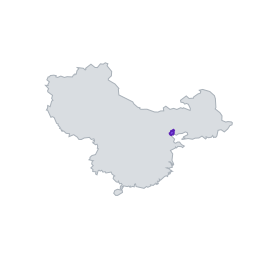 China, with Tianjin highlighted, rotated 24°
{"feature_id": "CHN-1816", "entity_name": "Tianjin", "entity_type": "Municipality", "adm_level": 1, "iso_a3": "CHN", "parent_name": "China", "parent_adm1": "", "projection": "robinson", "projection_center": [117.372, 39.408], "detail": "fine", "context": "in_parent", "style": "filled", "palette": "violet", "viewbox_px": 256, "rotation_deg": 24, "n_neighbors": 0, "source": "natural_earth", "source_scale": "10m", "svg_char_len": 4761}
<svg xmlns="http://www.w3.org/2000/svg" viewBox="0 0 256 256"><g transform="rotate(24 128 128)"><path d="M139.2,182.0L135.0,180.3L134.6,178.3L135.4,177.2L132.3,176.7L130.5,175.1L126.1,178.1L125.0,177.2L122.9,178.5L121.2,177.3L120.1,178.7L118.7,178.3L118.1,179.2L118.7,183.4L117.1,183.2L116.6,181.1L113.5,182.1L112.8,180.1L110.3,179.6L111.5,176.5L109.4,175.6L108.9,172.9L109.5,172.1L105.3,172.9L105.8,171.7L105.2,170.2L106.3,167.8L109.1,165.5L109.4,159.0L108.2,159.0L107.7,156.8L106.3,155.4L105.2,156.5L101.8,155.8L102.9,154.4L102.5,153.3L101.5,153.8L102.2,152.6L101.2,151.8L99.1,153.4L96.6,152.3L92.1,154.9L90.0,157.5L87.7,158.4L85.5,157.0L81.1,156.2L77.6,159.9L76.9,157.0L73.6,158.0L70.4,156.9L69.7,157.6L68.9,156.9L68.4,157.7L67.4,156.3L65.6,156.1L65.8,155.1L62.9,153.9L62.6,152.7L60.9,152.8L56.3,148.5L54.3,148.4L53.2,149.6L47.3,144.4L46.2,144.8L46.4,142.3L45.5,140.1L48.2,140.2L47.3,134.5L48.2,133.3L46.2,132.0L45.8,128.9L40.1,127.6L39.4,126.7L39.5,124.4L35.2,122.6L37.7,121.6L37.1,120.8L37.4,117.8L34.3,117.0L34.3,113.8L35.3,113.3L35.8,111.6L38.8,109.9L41.1,109.4L41.2,110.6L43.2,110.4L45.5,107.9L49.3,107.7L51.5,105.9L56.4,104.0L56.6,101.7L57.9,100.9L57.5,100.3L58.8,99.8L58.1,96.3L58.9,94.0L57.1,93.4L62.9,91.6L65.3,92.4L65.7,91.3L65.0,90.7L68.2,84.8L73.2,86.1L75.4,85.3L76.7,80.6L79.4,79.8L80.7,77.7L83.5,77.5L83.6,79.7L90.1,83.0L91.6,87.1L90.0,91.0L90.5,92.2L98.3,93.1L103.6,95.6L103.4,96.5L106.2,101.5L121.7,102.2L123.6,103.6L128.3,105.1L130.7,104.7L130.7,105.5L132.1,105.7L137.8,103.1L145.6,102.6L148.9,101.3L150.8,99.2L153.7,97.8L152.1,95.3L153.7,92.7L158.8,93.9L161.7,91.5L165.1,91.2L167.8,88.1L170.1,87.9L170.4,87.0L177.6,86.7L177.1,84.9L173.5,81.8L171.4,81.8L170.1,83.1L168.4,82.3L165.8,82.9L164.7,81.3L168.2,75.0L171.7,76.2L175.7,74.1L175.4,72.9L178.0,68.5L179.9,66.7L179.6,65.0L177.8,64.5L180.5,62.4L187.9,61.4L193.8,63.3L195.9,65.7L200.0,73.6L199.9,75.1L205.7,76.6L208.9,78.6L210.6,82.9L214.9,82.8L216.8,81.4L220.1,80.4L221.2,80.8L221.7,82.8L220.1,84.4L219.5,88.3L217.6,92.4L213.7,91.7L211.2,93.5L212.4,99.0L212.0,100.8L210.0,101.5L210.4,102.2L208.4,100.4L207.9,102.5L205.6,104.1L202.9,104.3L203.7,105.7L203.3,106.5L198.9,105.3L196.8,108.3L193.4,110.0L191.6,112.0L187.2,113.2L182.0,116.5L181.8,115.8L183.6,115.1L184.0,114.1L182.3,114.1L182.3,113.5L185.3,109.8L184.0,108.1L181.9,108.3L179.8,110.9L176.5,112.7L175.2,114.8L171.5,115.0L171.1,117.7L175.1,119.2L175.2,121.9L176.2,122.6L177.7,122.5L179.2,120.5L180.8,119.9L183.6,121.4L186.8,121.6L185.8,123.7L184.5,123.3L181.0,124.5L180.5,126.4L179.1,126.1L179.4,127.0L175.9,131.3L179.4,133.5L181.3,139.6L184.5,142.5L184.3,143.3L180.3,141.7L178.7,142.4L180.9,142.2L184.5,145.7L181.6,148.2L180.1,148.2L179.3,148.8L182.7,148.6L185.4,150.2L183.6,151.7L185.1,151.7L184.9,153.0L183.4,153.0L184.1,153.7L183.5,154.9L183.9,156.2L182.4,156.1L181.2,157.3L178.9,162.5L177.4,162.0L178.4,163.7L177.0,164.7L176.0,164.5L177.5,164.9L177.6,167.3L176.1,167.0L176.5,167.9L175.4,168.0L174.4,170.2L171.7,170.8L172.4,171.6L170.2,174.1L168.7,173.9L167.2,176.6L159.2,178.2L157.6,176.0L156.9,176.7L157.6,179.3L156.1,179.4L154.4,181.0L153.7,180.3L153.5,181.2L152.3,180.7L151.2,181.8L147.3,182.7L146.4,184.2L147.6,185.8L147.0,186.7L145.5,186.4L144.8,184.3L145.7,182.1L144.5,181.3L143.1,182.4L140.9,180.5L141.0,181.6L139.2,182.0ZM148.0,187.3L149.2,189.1L146.0,193.7L144.2,194.6L141.5,193.4L141.4,190.4L143.4,188.2L148.0,187.3ZM184.6,144.0L183.5,143.8L182.5,142.9L183.3,143.0L184.6,144.0ZM186.0,149.5L185.2,149.7L185.0,149.2L186.0,149.5ZM178.3,166.5L177.8,167.1L177.9,166.3L178.3,166.5ZM146.8,184.0L147.6,183.7L147.6,184.1L146.8,184.0Z" fill="#d9dde1" stroke="#a8b0b8" stroke-width="1"/><path d="M172.2,114.7L171.9,114.7L171.8,114.8L171.6,114.9L171.4,115.1L171.4,115.3L171.4,115.5L171.5,115.6L171.4,115.6L171.2,115.5L170.9,116.2L170.8,116.3L170.8,116.6L170.8,116.8L170.7,117.0L170.4,117.0L169.9,117.2L169.7,117.1L169.3,117.0L169.3,116.9L169.2,116.9L169.2,116.7L168.8,116.7L168.7,116.7L168.4,116.5L168.3,116.4L168.2,116.3L168.1,116.2L168.1,115.9L168.0,115.7L168.7,115.1L168.8,115.1L168.7,114.9L168.5,114.7L168.6,114.3L168.6,114.2L168.5,113.9L168.4,113.7L168.4,113.4L168.4,113.2L168.5,113.2L168.7,112.9L168.8,112.9L168.8,113.0L169.2,113.1L169.4,113.2L169.5,113.2L169.6,112.8L169.6,112.7L169.6,112.4L169.8,112.4L169.8,112.2L169.7,112.2L169.5,111.9L169.7,111.6L169.8,111.4L170.0,111.3L170.1,111.2L170.2,110.9L170.4,110.9L170.8,111.1L171.0,111.3L171.3,111.5L171.5,111.7L171.5,111.8L171.4,111.9L171.2,111.8L170.7,111.7L170.6,111.8L170.6,112.0L170.6,112.3L170.7,112.5L170.8,112.7L170.8,112.8L170.9,113.0L171.0,113.0L171.0,113.3L171.2,113.5L171.3,113.5L171.3,113.4L171.5,113.3L171.8,113.4L171.9,113.5L171.8,113.8L171.8,114.0L172.1,114.1L172.2,114.3L172.2,114.6L172.2,114.7Z" fill="#8b5cf6" stroke="#5b21b6" stroke-width="1.5"/></g></svg>